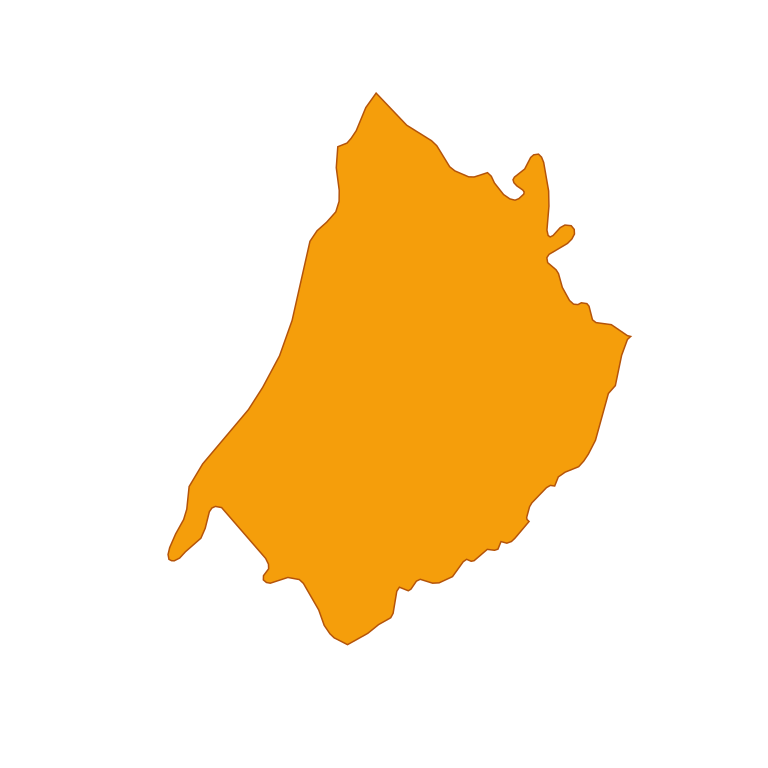 Vaslui, orthographic projection, rotated 42°
{"feature_id": "ROU-316", "entity_name": "Vaslui", "entity_type": "County", "adm_level": 1, "iso_a3": "ROU", "parent_name": "Romania", "parent_adm1": "", "projection": "orthographic", "projection_center": [27.841, 46.485], "detail": "medium", "context": "isolated", "style": "filled", "palette": "amber", "viewbox_px": 768, "rotation_deg": 42, "n_neighbors": 0, "source": "natural_earth", "source_scale": "10m", "svg_char_len": 1970}
<svg xmlns="http://www.w3.org/2000/svg" viewBox="0 0 768 768"><g transform="rotate(42 384 384)"><path d="M535.5,183.6L535.1,188.0L541.4,203.7L557.0,230.4L557.1,240.9L578.8,284.3L582.8,299.4L584.0,307.6L584.0,315.2L577.6,328.3L575.7,336.4L579.1,345.6L575.5,348.0L574.1,352.3L573.4,373.3L574.3,377.8L579.3,387.7L580.9,389.0L583.8,389.1L584.5,411.1L584.1,415.8L581.8,420.1L576.4,422.8L579.2,430.5L577.4,433.6L571.4,437.8L569.2,455.0L567.4,457.4L562.7,459.0L561.8,463.1L563.8,481.3L558.0,494.9L553.4,499.5L541.6,504.9L540.0,508.8L541.3,518.4L540.4,521.4L531.4,524.7L532.2,529.5L544.2,548.3L545.4,553.2L541.0,566.3L538.8,580.1L531.3,602.1L516.8,606.0L511.0,605.8L501.1,603.4L486.7,595.6L457.5,586.1L451.9,586.0L442.0,592.1L432.8,608.1L429.4,610.2L425.4,610.3L422.7,607.1L421.9,598.5L418.7,595.2L412.7,592.8L346.0,584.5L340.6,587.8L339.1,591.3L339.7,595.8L347.7,610.9L351.1,621.1L348.7,641.5L348.6,650.1L346.4,655.8L344.3,657.5L341.5,658.2L337.6,655.2L334.2,649.0L329.5,634.9L325.8,618.8L321.2,609.0L307.8,590.6L302.7,564.7L300.4,493.8L296.1,467.7L287.5,432.9L273.2,398.3L233.5,327.5L231.7,314.9L233.1,302.2L233.0,288.3L228.4,278.3L221.2,270.1L203.8,255.2L190.9,238.6L195.3,229.7L195.2,223.4L193.9,214.4L185.5,190.7L183.5,173.1L227.7,176.5L256.6,171.4L263.8,171.6L287.4,178.6L294.1,178.2L308.3,173.4L312.5,169.8L319.5,157.7L324.7,157.8L331.5,160.7L346.1,163.2L353.7,162.2L358.4,159.7L360.2,156.0L360.8,149.3L359.6,147.5L357.3,147.0L350.1,147.9L345.9,147.5L343.2,145.9L342.5,143.0L344.7,130.1L341.4,117.5L341.9,113.5L345.0,109.8L349.3,110.0L354.4,112.5L377.2,130.4L387.6,141.5L402.1,160.6L406.6,163.8L409.1,163.5L410.3,160.5L410.3,149.9L412.1,144.8L417.2,141.1L421.9,141.8L425.2,145.1L426.6,150.5L426.3,156.7L419.9,177.2L420.5,181.2L424.4,184.3L435.5,184.0L439.8,185.2L451.9,192.9L466.0,197.8L471.5,197.8L475.0,195.2L476.3,191.6L481.0,188.5L484.3,189.0L496.0,196.8L500.5,196.5L513.2,187.8L532.5,185.2L535.5,183.6Z" fill="#f59e0b" stroke="#b45309" stroke-width="1.5"/></g></svg>